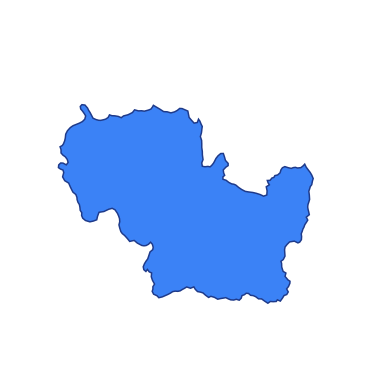 outline of Cajuru, São Paulo, Brazil, rotated 135°
{"feature_id": "56859067B13120232397844", "entity_name": "Cajuru", "entity_type": "district", "adm_level": 2, "iso_a3": "BRA", "parent_name": "Brazil", "parent_adm1": "São Paulo", "projection": "robinson", "projection_center": [-47.318, -21.282], "detail": "fine", "context": "isolated", "style": "filled", "palette": "blue", "viewbox_px": 384, "rotation_deg": 135, "n_neighbors": 0, "source": "geoboundaries", "source_scale": "gbopen_adm2", "svg_char_len": 3888}
<svg xmlns="http://www.w3.org/2000/svg" viewBox="0 0 384 384"><g transform="rotate(135 192 192)"><path d="M92.6,132.0L94.7,131.9L97.7,132.2L100.4,134.3L101.4,136.3L103.1,137.6L105.1,138.5L106.7,141.0L108.4,144.3L110.9,145.2L113.3,144.8L116.2,143.3L119.4,143.5L121.8,145.0L123.8,144.4L125.7,145.4L128.5,145.0L130.6,146.9L131.7,144.7L132.2,142.4L135.8,143.2L138.1,139.7L141.2,137.0L144.3,138.4L145.6,142.0L147.4,145.5L149.3,148.6L152.0,152.1L153.9,154.8L155.1,158.6L155.8,162.2L156.1,165.9L156.9,167.9L158.2,169.7L159.2,172.8L159.6,176.2L161.1,179.1L159.5,180.8L157.1,180.7L156.2,183.0L154.3,185.5L150.4,185.6L147.8,185.1L146.2,186.7L146.0,190.7L144.2,193.9L142.6,197.1L144.5,198.9L147.9,199.2L151.3,198.8L154.3,197.8L156.4,197.2L159.2,196.9L161.4,197.0L162.6,198.8L165.0,200.7L166.5,202.9L164.5,205.7L161.3,207.1L158.4,210.9L156.1,213.3L153.6,216.6L151.0,219.2L148.7,221.7L146.9,225.3L143.6,227.1L142.0,228.3L140.4,229.6L138.4,231.1L137.6,233.5L136.3,236.6L135.9,238.9L139.1,237.4L141.8,239.2L141.6,243.7L141.3,246.8L139.5,249.5L137.7,252.2L140.0,258.0L141.6,259.8L144.7,260.1L147.7,261.0L151.0,262.9L152.8,266.2L155.2,268.9L156.2,273.6L157.3,277.8L158.0,280.6L160.1,280.0L162.5,279.7L165.0,280.8L166.7,281.8L168.5,282.8L170.3,285.2L172.5,287.2L174.5,290.7L177.9,290.3L180.7,291.2L182.7,291.9L186.6,294.2L189.5,294.6L190.7,297.6L192.7,300.4L194.7,302.6L195.8,304.9L198.6,304.0L201.6,304.6L204.0,306.0L205.9,307.2L207.3,308.7L208.7,311.2L209.8,314.2L207.9,320.2L207.3,323.0L206.5,325.2L206.2,329.2L208.1,331.6L210.5,331.5L212.0,329.4L212.2,326.7L212.8,323.3L213.4,321.0L216.3,319.3L219.7,319.3L222.9,320.3L229.2,323.0L232.5,323.6L236.7,323.4L240.4,322.2L243.5,319.7L245.9,318.2L249.0,316.9L250.9,316.6L253.3,317.3L254.7,314.5L257.0,312.2L257.2,309.4L256.7,306.4L257.2,303.2L258.7,300.5L261.7,300.1L262.8,303.7L264.4,305.4L267.1,305.4L269.2,303.7L268.8,301.3L267.7,298.7L269.0,296.4L272.8,294.2L274.0,290.0L272.9,285.5L274.5,281.5L275.6,278.3L276.3,276.0L275.9,272.4L277.2,269.5L278.6,267.9L279.9,265.4L280.5,262.8L282.1,260.4L284.0,258.1L284.6,255.3L286.7,253.4L287.8,250.7L287.5,247.2L285.3,243.1L282.3,241.2L279.0,239.7L276.0,241.6L272.1,243.4L268.1,240.5L263.1,238.7L260.0,236.9L259.0,233.9L259.8,229.6L260.9,226.8L262.1,224.4L264.1,222.1L266.9,220.4L268.6,217.6L270.3,214.3L270.7,211.9L270.4,209.0L270.6,204.8L271.0,201.1L268.9,199.8L267.1,198.6L266.8,194.6L265.3,189.7L264.0,187.9L262.3,186.6L259.7,185.8L256.8,185.8L257.0,183.1L258.5,180.4L260.5,179.0L264.0,179.3L266.2,178.2L270.6,176.0L273.4,175.6L276.3,174.9L279.4,173.6L281.0,171.1L280.8,168.4L278.3,168.8L278.7,165.8L277.8,163.3L280.7,160.9L282.4,157.5L283.6,153.4L286.6,152.7L288.3,151.0L290.4,149.9L291.4,146.9L290.1,143.4L290.2,140.7L287.1,138.8L281.7,136.7L278.9,135.8L276.1,135.2L274.0,133.8L272.3,131.8L270.3,130.5L267.7,129.9L265.8,129.3L262.9,128.6L261.1,125.0L257.8,123.6L258.5,120.8L258.5,117.7L256.8,115.2L255.6,112.9L255.4,109.5L254.8,105.7L252.4,104.9L250.6,101.6L249.6,98.0L247.2,96.5L245.0,94.9L242.8,93.4L241.9,90.7L240.9,88.4L238.9,86.1L236.5,84.8L235.1,82.1L232.3,82.1L229.9,83.4L227.5,82.3L225.3,82.1L223.8,80.3L223.6,77.5L222.0,75.5L221.0,72.9L220.5,69.4L218.4,67.2L217.7,63.0L217.0,59.7L214.0,59.2L212.2,57.1L209.8,55.0L207.9,55.4L206.7,52.4L203.0,53.0L200.1,53.7L197.5,52.5L194.6,53.3L193.6,56.6L190.7,56.9L187.4,58.2L185.8,59.6L186.3,62.0L185.9,66.5L182.9,68.3L183.7,71.4L182.6,73.6L181.6,75.5L179.1,78.2L178.1,80.1L175.2,79.7L171.6,80.9L167.4,85.7L165.1,87.3L161.8,87.7L158.3,87.7L154.4,84.9L153.1,81.1L151.3,80.4L148.4,80.9L146.1,82.9L144.3,85.2L142.0,86.2L139.7,87.4L137.9,87.9L135.4,89.1L132.4,89.7L130.0,90.3L129.0,93.4L125.1,93.0L123.3,95.8L122.2,97.7L120.8,99.6L118.9,101.1L116.5,102.3L114.1,103.6L111.1,107.0L108.9,109.9L106.7,111.0L104.5,112.2L102.2,112.5L98.9,114.7L96.8,115.8L95.4,119.2L94.6,122.2L94.2,125.3L93.7,128.8L92.6,132.0Z" fill="#3b82f6" stroke="#1e3a8a" stroke-width="1.5"/></g></svg>